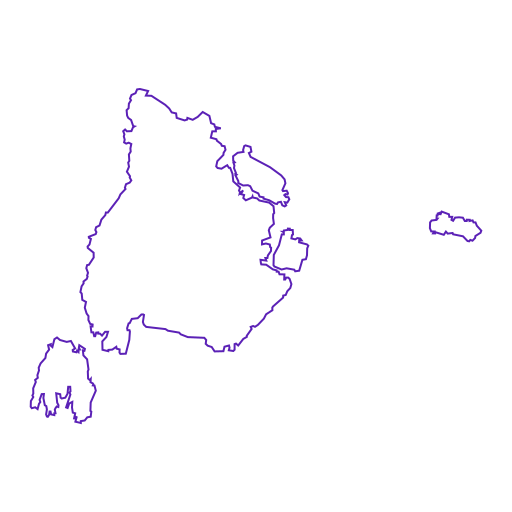 Nøtterøy nor, Norway
{"feature_id": "86288312B41370900035863", "entity_name": "Nøtterøy nor", "entity_type": "district", "adm_level": 2, "iso_a3": "NOR", "parent_name": "Norway", "parent_adm1": "", "projection": "natural_earth1", "projection_center": [10.404, 59.202], "detail": "fine", "context": "isolated", "style": "outline", "palette": "violet", "viewbox_px": 512, "rotation_deg": 0, "n_neighbors": 0, "source": "geoboundaries", "source_scale": "gbopen_adm2", "svg_char_len": 5969}
<svg xmlns="http://www.w3.org/2000/svg" viewBox="0 0 512 512"><path d="M148.1,91.0L139.9,89.0L137.1,89.4L135.5,93.2L131.5,95.0L130.0,98.6L131.0,100.2L128.9,103.6L128.6,108.2L126.6,110.2L127.1,115.6L128.2,117.9L131.1,120.0L133.2,126.1L134.5,126.4L133.0,127.3L131.4,131.1L126.9,131.3L125.1,129.5L123.2,131.2L124.4,134.3L123.8,136.4L124.7,139.6L124.1,142.4L126.2,143.6L128.7,142.7L131.3,144.0L130.4,148.4L130.7,151.6L128.9,154.4L129.3,160.8L128.2,162.6L129.0,166.7L126.9,171.7L130.0,176.2L129.7,177.5L131.3,180.4L129.7,182.6L126.0,184.2L124.9,187.8L125.5,189.0L120.4,194.4L118.7,198.3L107.8,212.6L105.9,212.5L105.3,215.1L101.4,219.6L99.5,225.5L96.1,227.2L95.3,230.0L96.4,232.1L95.7,234.1L88.8,236.8L88.9,237.8L90.9,238.9L89.5,244.5L87.6,246.5L87.8,248.0L93.6,252.7L93.7,257.5L88.9,264.8L87.1,265.1L86.3,268.2L88.0,272.8L87.1,275.7L87.6,276.5L86.8,278.9L83.5,281.5L83.6,283.4L81.6,286.3L80.4,292.1L81.7,293.5L82.3,299.9L86.0,301.9L84.8,307.7L86.6,313.5L88.5,316.1L88.4,320.0L90.2,323.9L92.6,324.5L92.5,326.5L90.6,326.4L91.4,332.3L93.3,332.3L94.2,336.2L95.2,336.2L96.2,332.6L98.2,332.4L98.2,333.6L100.1,333.7L102.0,335.6L105.1,331.8L108.0,331.8L106.4,337.0L102.3,341.4L102.5,349.8L108.3,351.2L108.4,349.9L112.3,349.6L116.3,346.8L116.7,348.7L119.6,349.4L119.5,352.6L120.4,353.9L125.8,353.7L129.3,339.9L129.9,331.5L129.5,330.2L127.5,330.2L127.1,328.2L128.6,323.4L129.7,323.1L131.8,318.9L137.7,318.2L141.4,314.5L143.1,314.4L144.0,314.9L142.9,322.0L143.8,324.6L146.2,326.9L165.5,329.1L167.9,330.7L179.1,332.6L180.7,334.3L187.8,337.1L204.3,337.8L206.2,340.0L205.7,343.8L207.7,345.7L211.7,347.0L214.6,351.4L223.4,351.2L224.5,346.7L229.0,345.5L229.5,347.7L228.8,350.3L233.3,351.0L234.6,349.7L234.6,344.1L236.0,343.6L238.2,345.5L243.3,338.9L246.8,336.9L246.8,335.7L251.6,329.0L250.7,326.9L253.1,326.0L255.0,326.8L257.9,324.9L263.9,318.6L266.1,314.3L272.4,310.2L272.3,307.6L273.1,306.4L283.1,297.6L283.2,295.6L285.7,295.0L287.3,291.2L290.3,288.0L291.4,284.1L289.6,278.9L288.2,277.6L286.2,277.6L285.2,279.5L284.2,279.5L284.4,274.4L279.5,274.3L278.6,271.7L276.7,271.7L276.7,270.4L272.9,269.4L266.2,264.7L261.3,264.4L260.9,263.1L260.5,259.8L266.3,260.6L265.4,258.0L267.4,258.0L267.9,255.4L271.0,251.0L271.1,247.7L270.2,247.1L269.8,244.5L265.9,243.5L262.0,244.4L262.1,240.5L270.5,237.4L268.8,230.3L269.8,227.7L273.9,223.9L273.1,218.1L273.2,214.2L274.2,213.0L273.5,206.2L269.1,202.6L259.3,200.5L257.1,198.4L252.7,197.5L252.5,196.5L252.0,197.6L245.8,200.3L243.3,198.0L244.1,195.0L240.8,194.1L243.1,190.4L239.7,193.5L240.0,192.1L239.0,190.6L240.1,187.5L233.3,181.4L232.5,173.8L230.2,167.9L229.0,167.9L227.2,165.2L221.5,168.7L217.6,168.0L216.2,166.4L217.3,161.2L223.4,154.9L223.6,152.8L225.5,149.8L224.6,146.2L221.8,145.8L221.1,144.0L216.9,140.7L216.4,139.2L210.8,137.7L212.3,131.3L215.9,131.3L215.8,129.0L220.8,128.3L214.9,126.8L214.3,124.4L211.1,123.2L209.4,115.9L202.7,112.0L197.7,116.9L192.7,119.8L187.4,117.9L187.1,119.6L184.6,120.4L176.7,117.9L176.1,113.4L171.7,112.4L169.2,108.5L165.2,104.8L151.4,95.8L145.9,95.6L148.1,91.0ZM57.0,337.5L54.4,339.2L52.4,347.1L50.7,345.6L50.8,344.2L48.1,345.2L49.1,349.6L46.1,353.6L45.4,358.0L40.6,363.4L38.7,367.7L39.0,370.4L37.4,375.2L37.8,377.8L35.1,380.0L35.8,382.0L33.2,388.3L33.3,393.6L32.4,395.5L33.3,397.0L30.9,401.0L30.7,406.7L31.8,408.2L35.2,407.3L37.6,409.1L39.0,403.8L40.3,402.0L39.6,399.9L41.7,394.1L43.9,394.0L43.4,398.0L44.8,405.2L46.3,406.1L46.9,409.4L46.1,414.4L46.9,416.5L47.8,416.8L49.1,414.8L49.6,411.5L50.5,411.5L51.1,414.4L54.3,415.1L54.3,413.3L55.5,413.2L54.8,409.7L55.4,408.3L56.7,406.5L58.3,407.0L58.5,405.2L57.2,402.7L56.2,393.3L60.2,394.2L60.6,397.6L61.7,398.5L65.3,397.7L67.5,393.8L68.2,386.8L70.2,386.8L70.5,391.3L69.5,392.6L70.4,394.5L66.1,407.4L67.6,408.0L69.2,403.5L72.3,401.9L72.0,407.5L72.8,412.6L75.2,413.3L74.1,418.4L75.1,418.5L75.1,416.5L76.6,417.2L75.4,421.7L80.8,423.0L80.8,421.1L84.7,420.5L87.3,417.3L90.7,416.7L91.3,411.6L90.4,410.9L90.7,402.5L95.8,390.7L94.5,385.6L92.9,385.4L93.4,384.3L92.8,383.4L90.5,382.2L90.7,379.0L89.8,380.1L88.1,378.6L87.8,371.4L88.5,369.5L87.1,359.3L83.4,355.4L82.9,350.4L84.4,350.8L84.9,348.9L79.3,345.2L78.9,347.5L79.7,349.3L78.7,349.1L78.5,352.0L77.1,350.6L76.5,352.3L72.9,351.5L72.7,350.0L75.1,348.4L70.9,341.0L66.7,341.9L60.0,340.0L57.0,337.5ZM251.4,151.7L250.5,146.9L245.5,145.4L244.2,146.1L243.1,150.0L243.5,151.9L237.6,152.8L233.1,156.3L233.2,160.5L234.7,162.3L233.4,162.5L234.4,165.5L234.0,168.1L235.9,172.9L235.4,173.6L236.6,174.6L235.4,175.2L238.3,181.1L238.3,183.0L243.1,185.5L247.9,185.2L250.2,186.2L252.5,190.7L258.3,193.4L259.6,196.6L263.5,197.3L263.5,198.6L269.3,200.3L275.0,203.6L277.0,204.0L278.0,202.4L280.9,201.8L282.3,205.3L284.7,206.4L286.2,205.4L284.8,202.2L287.3,202.6L289.3,199.3L288.4,197.2L286.0,197.1L284.3,195.1L285.5,194.1L287.5,194.5L288.0,193.2L286.7,190.7L283.0,191.1L282.4,190.1L285.4,183.3L284.6,179.4L281.2,175.4L270.0,167.2L250.6,156.9L248.9,153.0L251.4,151.7ZM293.0,234.5L292.7,230.0L289.8,230.0L289.8,228.7L287.9,228.6L287.8,229.9L283.9,230.5L283.8,231.8L282.9,231.8L283.8,232.4L283.8,234.4L281.8,234.4L279.0,245.3L273.8,254.9L273.5,265.2L274.4,266.5L281.6,269.5L286.6,268.3L294.3,269.7L295.2,271.3L299.2,270.7L302.4,259.8L305.9,259.2L307.0,255.3L307.2,248.3L308.3,245.7L306.9,244.4L299.1,242.3L299.2,240.4L301.6,240.4L300.2,238.5L297.3,238.1L295.3,239.4L291.4,238.4L292.0,235.1L293.0,234.5ZM448.9,214.3L441.7,211.6L440.6,214.2L439.6,214.1L439.7,212.8L437.7,213.5L437.6,215.4L436.7,215.4L436.5,218.6L437.5,218.6L436.5,219.9L431.6,220.5L430.1,222.4L429.9,228.2L431.2,231.4L434.2,231.5L433.1,233.4L435.1,233.4L435.1,232.1L443.8,234.8L445.9,231.6L447.7,233.6L452.6,233.0L453.1,234.3L463.0,236.3L467.5,241.0L469.2,241.3L470.3,239.9L472.5,240.7L475.1,238.0L475.4,236.0L480.5,232.8L481.3,230.7L476.8,225.7L475.5,222.4L473.5,222.4L472.6,220.4L469.6,221.0L469.7,219.8L466.8,219.7L466.7,221.0L464.8,221.0L462.9,217.7L459.0,217.3L455.1,217.6L453.1,220.8L451.5,219.9L452.2,216.9L449.3,216.9L448.9,214.3Z" fill="none" stroke="#5b21b6" stroke-width="2"/></svg>